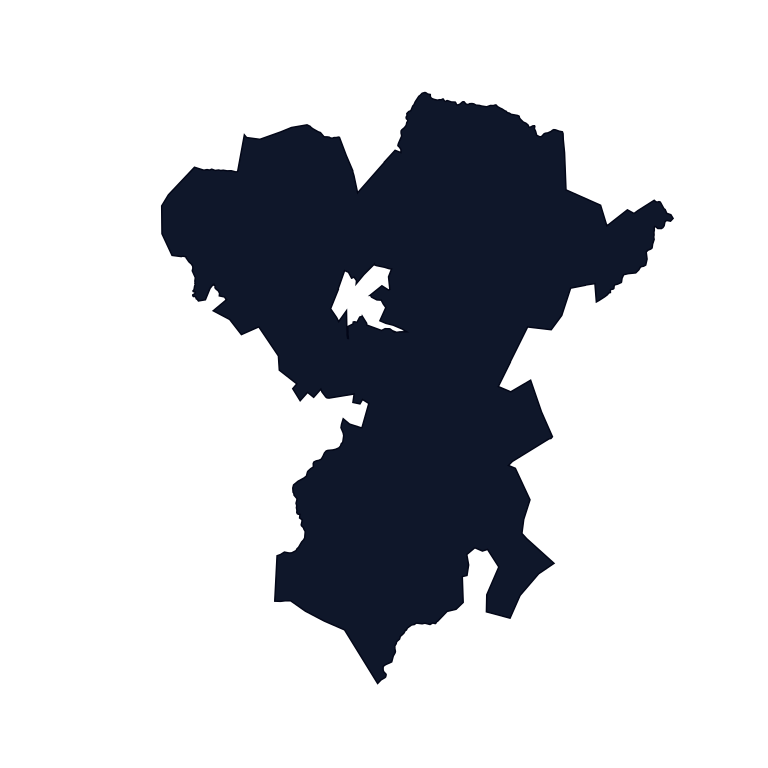 Marondera, Mashonaland East, Zimbabwe (orthographic projection), rotated 281°
{"feature_id": "62879985B19621940565976", "entity_name": "Marondera", "entity_type": "district", "adm_level": 2, "iso_a3": "ZWE", "parent_name": "Zimbabwe", "parent_adm1": "Mashonaland East", "projection": "orthographic", "projection_center": [31.543, -18.251], "detail": "fine", "context": "isolated", "style": "filled", "palette": "ink", "viewbox_px": 768, "rotation_deg": 281, "n_neighbors": 0, "source": "geoboundaries", "source_scale": "gbopen_adm2", "svg_char_len": 6167}
<svg xmlns="http://www.w3.org/2000/svg" viewBox="0 0 768 768"><g transform="rotate(281 384 384)"><path d="M240.4,585.1L259.3,553.7L263.6,547.9L277.8,547.0L298.2,549.4L326.3,529.0L327.8,521.7L332.5,524.8L361.6,556.4L362.4,558.3L364.4,559.4L386.7,543.9L415.7,527.2L400.5,509.9L403.3,496.7L429.6,503.9L430.1,503.8L467.4,514.1L469.2,537.8L485.2,545.4L513.7,548.9L519.4,563.0L519.7,563.2L522.8,571.9L505.1,576.8L506.9,579.0L511.7,584.0L514.4,586.4L516.1,587.1L517.0,588.8L519.1,588.3L519.9,588.5L520.9,590.8L521.6,591.4L524.4,591.2L525.4,591.7L526.6,594.3L528.9,597.5L529.4,597.7L533.2,597.5L537.0,598.4L538.9,602.6L541.1,609.9L544.6,612.3L547.6,613.4L548.5,614.6L549.1,616.3L550.7,618.2L556.8,618.4L563.6,616.2L565.8,617.7L567.2,619.9L568.3,621.0L569.3,621.2L572.6,621.0L577.4,621.6L579.9,620.7L581.7,620.7L584.5,620.0L586.7,620.0L588.9,619.4L590.3,619.7L590.3,620.5L588.9,623.1L589.5,626.6L590.7,627.9L592.8,628.8L596.4,628.8L597.6,629.3L598.5,630.5L598.5,634.2L601.7,636.2L604.9,633.3L605.5,629.0L608.9,626.7L609.5,625.3L615.3,620.5L615.5,619.1L614.8,617.9L614.7,616.2L615.9,614.2L602.7,600.2L599.1,596.9L601.4,589.7L581.9,572.8L582.5,572.5L582.3,572.3L600.8,562.5L609.3,525.6L645.5,517.1L658.3,513.3L663.9,512.0L665.6,511.0L665.6,507.7L666.2,504.0L666.1,502.2L665.3,501.0L663.9,499.9L661.7,496.8L661.1,494.9L660.3,493.5L656.8,491.3L656.4,489.6L657.3,486.4L661.2,484.5L663.3,482.9L665.6,482.9L666.2,482.5L665.9,481.0L663.8,478.3L663.8,477.3L665.8,475.9L667.1,473.5L667.7,470.8L669.7,467.8L670.8,466.4L672.7,465.5L673.1,463.8L673.0,457.2L673.8,455.5L673.9,453.3L675.1,451.7L675.2,450.6L676.6,447.2L676.9,445.7L678.0,442.4L679.2,441.0L679.2,440.1L678.2,438.3L677.7,435.3L675.7,431.9L675.5,426.7L675.7,424.6L675.3,421.0L676.1,418.8L676.1,416.9L675.5,414.6L674.4,413.3L674.3,411.6L674.8,410.6L676.3,408.8L676.3,408.3L675.9,407.2L673.3,405.2L672.2,403.6L671.9,402.6L672.2,401.8L673.7,400.8L674.3,400.1L673.7,396.3L674.3,392.3L674.1,391.5L673.2,390.9L673.1,390.2L673.8,388.8L675.0,387.9L674.9,387.1L673.9,386.0L673.7,384.4L672.8,382.2L673.0,378.5L673.4,376.5L674.1,375.3L675.2,374.6L677.0,374.2L677.0,371.4L677.7,370.1L678.0,368.6L676.7,366.0L674.1,364.3L673.1,363.3L667.0,360.8L663.8,360.1L662.4,359.2L657.9,358.3L657.2,357.9L656.2,356.3L653.9,354.8L651.9,355.4L650.7,354.9L649.5,354.9L648.5,355.5L648.2,356.3L647.3,357.0L646.2,357.1L645.3,356.5L642.1,356.4L639.5,355.1L636.9,353.0L635.7,352.5L633.5,352.9L631.8,353.7L630.6,354.0L623.0,352.3L620.9,352.1L620.3,352.5L619.4,354.0L617.3,356.0L614.4,356.4L615.5,350.3L602.1,342.1L602.0,342.3L566.6,321.6L582.9,314.7L586.1,313.0L587.5,312.6L601.2,303.3L617.6,293.2L617.7,292.3L616.7,289.8L616.6,288.8L616.1,287.3L615.4,286.5L615.3,284.5L615.8,283.3L615.8,281.7L615.2,278.0L618.7,273.6L619.0,271.4L620.9,265.7L621.9,263.5L622.8,262.4L623.7,259.0L618.1,244.2L611.8,234.6L600.5,215.5L599.7,202.1L601.9,199.4L564.8,199.8L564.2,199.1L563.9,198.1L564.2,193.3L563.3,189.4L563.2,185.4L562.4,183.0L562.5,180.8L561.4,177.5L562.0,173.9L560.7,171.9L560.7,169.4L559.5,166.4L560.6,156.6L528.6,136.3L516.4,131.8L489.1,137.4L469.8,151.4L470.4,160.7L471.1,162.1L471.1,165.2L470.2,165.6L466.7,169.2L465.0,172.0L463.2,173.7L461.3,174.3L458.5,174.2L452.4,178.5L448.9,178.7L447.8,179.2L446.8,179.1L445.5,179.8L444.1,179.4L440.3,179.5L438.9,178.7L438.3,179.2L438.3,181.2L436.5,181.0L435.1,179.3L434.5,179.3L433.6,180.0L433.5,180.7L433.9,181.4L433.6,182.4L431.7,183.6L431.6,184.4L430.1,186.0L432.6,192.6L444.7,195.0L449.1,197.3L449.5,198.0L448.4,198.4L448.2,199.4L447.6,199.7L446.4,199.7L445.6,200.3L444.3,202.5L444.3,203.0L442.1,205.0L441.4,205.3L439.1,205.5L439.0,210.5L438.8,211.1L436.8,212.8L436.7,213.3L423.3,202.4L417.9,220.2L405.3,234.6L416.2,250.2L391.4,275.0L377.6,278.6L367.5,298.4L362.0,295.3L351.6,304.9L361.2,310.6L357.5,317.5L366.9,323.0L364.4,324.6L360.1,329.4L359.5,330.7L359.7,332.8L368.5,356.6L360.0,357.0L359.9,364.2L364.7,365.9L362.0,372.8L336.9,370.7L336.7,369.6L338.1,357.8L342.1,350.6L336.2,350.0L332.9,350.1L328.3,353.2L325.6,354.3L319.5,354.6L318.5,354.4L317.4,353.5L314.7,353.1L312.7,351.9L310.7,349.0L309.5,346.3L308.1,341.5L307.2,340.0L304.9,338.7L301.5,337.9L298.3,336.8L296.7,334.7L295.6,332.1L294.1,330.1L292.5,329.7L289.1,330.5L286.9,328.2L284.1,326.1L283.1,325.7L278.8,325.4L276.4,323.3L272.2,318.2L267.7,314.5L264.5,314.3L260.4,315.4L259.4,316.4L257.7,316.9L254.8,320.5L253.0,320.6L250.2,320.4L247.8,321.6L245.9,321.6L243.5,322.6L241.2,322.9L240.1,323.7L239.8,324.8L240.0,326.4L236.4,326.7L235.7,328.1L235.4,329.3L233.7,329.7L229.9,329.6L229.0,330.2L227.6,332.4L226.7,332.7L224.2,334.8L218.0,335.5L215.8,334.9L213.2,333.3L207.4,331.3L205.6,330.0L203.7,329.5L200.6,325.6L200.0,323.1L200.0,318.3L196.8,314.9L195.0,311.8L150.0,318.2L150.9,323.9L152.3,328.2L153.4,333.7L146.0,350.2L139.9,370.6L135.1,392.2L88.8,434.9L93.0,437.6L95.9,440.9L96.8,441.5L99.0,441.6L100.0,440.9L100.9,439.3L102.3,438.1L103.9,437.5L106.6,437.1L108.7,439.0L112.7,444.6L118.7,445.0L122.3,446.2L123.8,446.2L126.2,445.2L128.9,444.6L131.3,445.5L133.5,445.6L136.5,447.9L139.3,448.2L143.1,451.0L146.5,452.1L146.7,452.9L148.9,453.5L152.7,457.0L153.8,459.9L155.0,460.7L155.5,461.7L155.9,467.2L157.0,469.8L156.7,475.1L158.7,477.4L158.6,480.1L159.2,480.6L160.6,481.0L161.3,481.9L172.8,489.3L176.6,497.7L184.7,503.4L209.9,497.6L211.9,502.0L222.5,501.6L232.4,497.8L240.6,504.4L238.8,512.5L241.4,517.2L226.3,531.6L196.7,525.1L179.9,528.0L178.2,552.4L202.4,557.9L227.2,572.0L240.4,585.1ZM426.2,338.0L448.8,333.2L436.6,327.6L440.2,324.8L447.7,317.2L468.4,321.2L469.0,320.9L487.9,323.7L486.9,327.8L481.7,332.0L483.2,334.2L480.2,337.3L477.0,337.6L487.6,343.4L499.5,351.4L499.2,351.4L498.8,353.9L498.7,362.2L498.2,366.9L498.3,369.5L490.1,368.0L477.9,371.7L477.1,370.5L480.0,363.2L468.4,353.4L468.5,353.8L466.9,355.2L465.2,361.0L465.8,365.3L462.3,368.1L459.4,371.2L445.3,367.9L443.9,374.3L443.5,381.8L441.3,392.1L440.6,392.7L440.9,392.5L439.6,396.3L438.2,389.6L437.1,386.5L437.8,382.7L437.5,382.9L439.3,379.2L438.5,374.5L436.1,371.4L438.6,355.8L440.3,355.4L446.4,349.7L446.2,349.7L445.1,347.4L439.3,345.7L439.5,343.4L439.0,342.0L437.0,342.1L433.8,337.9L430.5,338.1L421.8,340.4L421.8,339.6L426.2,338.0Z" fill="#0f172a" stroke="#020617" stroke-width="1.5"/></g></svg>